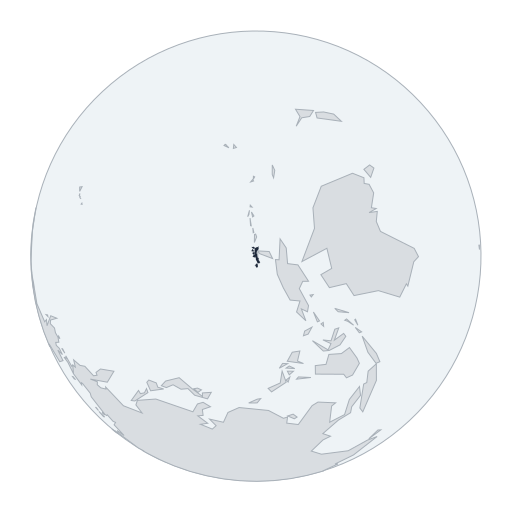 globe centered on New Ireland, rotated 227°
{"feature_id": "PNG-1255", "entity_name": "New Ireland", "entity_type": "Province", "adm_level": 1, "iso_a3": "PNG", "parent_name": "Papua New Guinea", "parent_adm1": "", "projection": "orthographic", "projection_center": [151.706, -3.097], "detail": "fine", "context": "on_globe", "style": "filled", "palette": "slate", "viewbox_px": 512, "rotation_deg": 227, "n_neighbors": 0, "source": "natural_earth", "source_scale": "10m", "svg_char_len": 9229}
<svg xmlns="http://www.w3.org/2000/svg" viewBox="0 0 512 512"><g transform="rotate(227 256 256)"><circle cx="256" cy="256" r="225" fill="#eef3f6" stroke="#a8b0b8"/><path d="M358.6,308.0L358.7,309.6L358.4,309.8L358.6,308.0ZM441.5,128.1L441.3,127.8L426.8,109.5L405.3,87.4L408.9,90.6L403.3,85.6L398.4,81.6L396.5,80.4L370.5,63.2L352.0,56.6L352.4,59.4L347.5,55.6L352.3,65.1L346.3,67.9L349.3,62.0L346.7,59.4L340.7,59.5L336.7,57.0L331.6,55.8L327.4,53.0L329.4,50.6L326.8,49.0L322.7,49.2L315.9,47.2L322.3,46.9L311.1,43.5L312.5,40.4L333.0,44.8L330.2,43.3L330.8,43.5L345.4,49.2L359.6,56.0L373.4,63.7L386.5,72.4L399.0,81.9L410.8,92.3L421.9,103.6L432.1,115.5L441.5,128.1ZM425.3,176.1L423.5,171.1L426.7,174.1L425.3,176.1ZM421.0,168.3L421.9,169.9L420.9,168.6L421.0,168.3ZM419.3,167.4L420.5,168.1L419.3,167.9L419.3,167.4ZM417.2,167.0L418.3,167.0L418.2,167.2L417.2,167.0ZM413.4,164.7L412.4,164.0L413.2,163.5L413.4,164.7ZM396.3,80.4L398.7,81.9L404.6,86.8L403.1,85.7L396.3,80.4ZM384.4,72.5L384.4,72.1L390.7,76.6L388.7,75.4L384.4,72.5ZM353.6,62.5L356.3,62.5L355.0,63.4L353.6,62.5ZM331.6,56.2L332.1,57.1L329.2,56.2L331.6,56.2ZM320.1,51.3L315.3,49.9L320.5,50.8L320.1,51.3ZM312.7,48.8L301.1,46.0L301.2,47.6L294.3,42.2L306.5,45.9L313.0,46.6L310.7,47.3L312.7,48.8ZM292.4,40.0L289.9,39.2L293.0,39.6L292.4,40.0ZM189.5,40.8L188.5,41.1L185.3,42.1L174.9,45.9L166.8,49.2L166.6,49.3L173.0,46.7L185.7,42.0L191.2,40.3L185.6,42.1L188.1,41.3L190.0,40.7L189.6,41.1L196.0,39.0L220.7,34.5L222.4,35.5L214.7,37.1L229.3,37.1L230.1,39.8L232.6,38.7L241.3,38.9L241.2,38.0L243.1,37.5L265.4,39.5L268.7,41.2L281.1,42.2L282.4,41.9L280.6,40.6L294.3,42.2L301.2,47.6L297.9,48.1L304.4,51.8L296.0,52.7L292.1,55.6L279.2,55.5L277.2,58.4L280.0,59.6L279.4,65.2L268.6,73.5L265.1,61.2L279.0,50.9L272.2,54.2L270.1,52.1L265.4,52.6L261.0,55.5L262.7,56.7L236.9,56.9L218.9,65.6L229.0,66.6L231.3,70.8L219.7,85.2L185.1,103.6L187.7,112.3L185.1,117.5L176.8,119.9L180.3,112.1L175.5,108.6L178.8,104.4L166.6,106.6L170.8,100.6L159.2,106.0L159.1,111.1L168.4,110.8L156.6,118.8L160.7,128.8L156.7,140.3L134.5,159.8L118.6,165.4L116.7,169.2L112.8,164.5L103.9,172.0L108.3,195.0L106.9,201.7L94.3,214.1L94.7,209.0L84.2,196.5L79.6,212.6L87.4,226.4L90.0,242.7L82.8,237.4L80.5,223.2L76.9,218.3L79.8,204.2L80.5,183.7L73.4,187.6L75.8,179.5L75.6,163.4L66.4,168.7L50.7,190.6L45.4,211.8L41.4,221.5L44.0,191.6L50.0,171.9L48.0,174.1L53.2,158.5L52.9,158.5L60.8,143.6L69.7,129.3L79.7,115.7L90.7,102.9L102.6,91.0L115.4,80.0L129.0,70.0L143.2,61.0L158.2,53.1L173.6,46.3L189.5,40.8ZM108.3,423.8L111.9,426.4L111.6,426.8L108.3,423.8ZM135.9,283.3L142.0,284.7L141.9,285.7L135.9,283.3ZM129.4,279.2L136.1,279.9L128.5,281.5L129.4,279.2ZM138.8,280.2L145.6,278.6L148.5,277.1L148.2,279.3L138.8,280.2ZM125.0,279.0L102.6,277.6L94.2,274.5L95.7,270.6L109.3,272.2L125.0,279.0ZM95.1,270.5L82.9,259.2L69.2,227.8L74.0,228.3L88.9,247.4L87.9,250.7L95.3,259.5L95.1,270.5ZM126.4,251.9L125.3,261.9L112.6,260.3L107.0,258.4L103.1,245.4L105.2,239.1L109.7,239.5L129.1,218.9L135.4,224.6L129.0,233.3L134.3,242.2L126.4,251.9ZM45.4,213.8L45.6,226.5L43.7,228.7L45.4,213.8ZM138.6,204.6L129.7,213.3L138.3,201.6L138.6,204.6ZM144.7,193.6L144.4,198.2L141.9,193.5L144.7,193.6ZM115.0,175.3L110.2,176.2L110.8,173.0L117.4,170.1L115.0,175.3ZM153.5,150.4L150.5,159.2L148.5,162.2L147.8,156.6L153.5,150.4ZM218.7,34.5L224.3,33.5L224.1,33.8L222.8,34.0L218.7,34.5ZM220.5,34.0L223.1,33.2L227.7,32.6L224.7,33.3L220.5,34.0ZM315.3,394.8L320.4,397.5L315.2,403.7L306.8,409.6L296.3,410.3L315.3,394.8ZM239.9,402.2L235.3,393.5L245.8,394.0L245.1,401.2L239.9,402.2ZM321.4,390.4L325.9,383.7L323.5,373.9L327.9,383.2L336.4,385.0L323.2,397.3L321.4,390.4ZM189.1,363.8L153.7,376.9L144.7,374.4L144.2,367.5L130.4,346.5L133.1,347.0L127.9,333.1L147.2,321.9L160.2,300.7L174.2,303.2L182.8,288.1L198.1,290.7L195.3,302.9L213.3,313.1L220.6,285.8L236.3,317.6L252.4,330.5L262.5,351.3L250.7,383.0L239.6,388.3L235.3,384.6L231.3,387.6L221.9,385.1L212.6,373.3L208.8,376.3L210.6,368.3L205.9,375.1L199.2,367.5L189.1,363.8ZM301.2,322.2L304.6,323.5L311.5,330.0L305.8,328.1L301.2,322.2ZM350.1,312.8L352.7,315.8L348.7,315.7L350.1,312.8ZM358.4,309.8L353.6,310.0L358.6,308.0L358.4,309.8ZM313.9,306.3L316.1,308.5L314.8,309.0L313.9,306.3ZM312.5,305.4L313.8,302.6L314.2,305.7L312.5,305.4ZM294.4,286.5L296.0,285.2L297.1,286.5L294.4,286.5ZM151.1,285.4L159.2,278.1L164.0,277.9L151.1,285.4ZM291.3,282.7L286.7,281.8L286.9,280.2L291.3,282.7ZM291.1,279.0L290.4,276.7L293.9,282.4L291.1,279.0ZM281.9,272.7L287.8,277.5L281.3,273.1L281.9,272.7ZM278.7,272.8L274.7,270.5L274.9,269.8L278.7,272.8ZM237.5,270.3L252.1,285.3L241.3,283.6L228.9,273.9L220.9,280.6L201.7,277.2L205.6,272.9L202.6,265.4L183.9,260.6L180.1,255.6L186.4,253.1L174.6,248.3L187.4,247.5L193.1,257.5L200.5,250.9L214.2,254.3L228.1,259.1L240.1,267.8L237.5,270.3ZM188.3,268.5L190.6,268.8L188.8,271.5L188.3,268.5ZM267.0,264.0L272.8,269.6L272.3,270.7L269.5,269.5L267.0,264.0ZM242.8,266.4L255.3,260.2L258.5,260.8L250.3,268.7L242.8,266.4ZM251.9,254.6L258.1,256.6L261.6,261.5L260.4,262.6L251.9,254.6ZM162.0,257.2L161.6,259.9L158.4,257.5L162.0,257.2ZM166.0,256.0L175.9,259.8L165.2,258.2L166.0,256.0ZM138.2,244.7L140.8,251.1L149.0,247.7L142.8,253.0L148.7,263.7L147.0,267.5L141.0,255.9L139.6,267.3L136.0,266.9L133.7,256.8L137.0,245.1L140.6,240.4L155.6,239.5L138.2,244.7ZM165.8,248.4L163.3,240.9L165.3,236.3L167.9,240.4L165.8,248.4ZM156.6,223.3L150.9,214.7L145.0,217.4L157.7,207.1L160.9,216.9L156.6,223.3ZM152.9,205.3L147.2,207.6L153.5,201.6L152.9,205.3ZM146.2,204.8L146.4,199.3L150.4,200.4L146.2,204.8ZM155.7,205.7L158.0,196.5L159.3,202.2L155.7,205.7ZM146.6,187.1L154.0,196.6L143.1,192.0L146.0,174.7L150.9,174.6L146.6,187.1ZM195.3,124.8L195.9,120.5L201.3,120.1L199.3,123.1L195.3,124.8ZM219.4,116.8L202.9,118.7L189.8,121.1L192.4,123.4L186.8,130.3L184.6,123.1L196.0,116.2L205.4,115.8L209.7,110.3L218.4,107.5L220.9,100.7L225.7,98.3L226.2,104.6L219.4,116.8ZM221.7,97.8L229.3,87.0L238.1,90.0L238.4,93.0L231.2,96.5L227.0,94.7L221.7,97.8ZM233.7,85.5L229.8,83.8L232.6,68.5L235.4,66.2L237.8,78.4L234.2,77.6L232.0,81.1L233.7,85.5ZM289.2,39.7L289.9,39.3L291.1,40.0L289.2,39.7ZM242.8,37.0L245.5,36.6L246.8,37.2L242.8,37.0ZM253.8,35.8L250.4,35.4L255.0,35.5L253.8,35.8ZM242.6,34.9L249.5,35.1L241.4,35.5L242.6,34.9Z" fill="#d9dde1" stroke="#a8b0b8" stroke-width="1"/><path d="M261.6,260.6L261.6,260.8L261.6,261.0L261.3,261.3L261.2,261.5L261.4,261.7L261.4,261.8L261.3,262.0L261.2,262.0L261.1,262.3L261.0,262.5L260.9,262.6L260.7,262.7L260.7,262.8L260.6,262.7L260.3,262.5L260.4,262.4L260.1,262.2L260.0,261.8L259.9,261.7L259.8,261.4L259.9,261.1L259.9,260.7L259.9,260.4L259.9,260.2L259.7,260.1L259.6,259.7L259.4,259.4L259.3,259.2L259.2,259.1L259.1,258.9L258.9,258.8L258.6,258.3L258.6,258.2L258.4,258.0L258.3,257.9L258.2,257.8L258.0,257.7L257.9,257.6L257.7,257.5L257.1,257.4L256.9,257.4L256.4,257.0L255.6,256.3L255.6,256.2L255.3,256.2L255.1,256.1L255.0,255.9L254.9,255.8L254.7,255.7L254.4,255.5L254.3,255.4L254.1,255.4L253.9,255.2L253.7,255.1L253.4,254.9L253.2,254.8L253.0,254.7L252.9,254.7L252.6,254.8L252.4,254.8L252.3,254.7L252.2,254.6L252.3,254.5L252.5,254.5L252.7,254.4L252.7,254.5L252.8,254.4L252.7,254.3L252.8,254.3L252.8,254.2L252.7,254.2L252.4,254.1L252.5,253.9L252.7,254.0L252.8,254.1L253.0,254.2L253.1,254.4L253.3,254.4L253.4,254.5L253.5,254.6L253.9,254.8L254.0,254.9L254.0,255.0L254.5,255.1L254.8,255.2L254.9,255.3L255.1,255.4L255.2,255.5L255.4,255.5L255.6,255.7L255.9,255.9L256.0,256.0L256.3,256.2L256.4,256.3L256.5,256.4L256.8,256.4L257.0,256.5L257.3,256.6L257.6,256.9L257.8,257.2L257.9,257.3L258.0,257.4L258.1,257.5L258.4,257.6L258.5,257.7L258.6,257.8L258.7,258.0L258.8,258.1L259.0,258.2L259.2,258.3L259.3,258.5L259.3,258.8L259.5,258.9L259.9,259.1L260.0,259.1L260.3,259.1L260.5,259.3L260.6,259.5L260.8,259.5L261.0,259.8L261.2,260.1L261.3,260.3L261.5,260.4L261.6,260.5L261.6,260.6ZM251.1,253.8L251.1,254.0L251.1,254.3L250.8,254.4L250.7,254.4L250.4,254.3L250.0,254.4L249.8,254.2L249.7,254.1L249.7,253.9L249.5,253.7L249.4,253.7L249.2,253.7L249.3,253.5L249.6,253.3L249.8,253.3L249.9,253.2L250.0,253.2L250.4,253.3L250.5,253.3L250.7,253.5L250.9,253.5L251.0,253.5L251.1,253.8L251.1,253.8ZM248.3,249.6L248.3,249.8L248.4,250.0L248.5,250.0L248.4,250.0L248.2,250.1L248.1,249.9L248.1,250.0L247.9,249.9L247.7,249.8L247.7,249.7L247.5,249.4L247.6,249.2L247.8,249.2L247.9,249.3L248.2,249.4L248.2,249.5L248.3,249.6ZM259.7,256.1L259.8,256.1L259.7,256.4L259.7,256.5L259.5,256.4L259.3,256.1L259.2,256.0L259.2,255.9L259.4,255.8L259.6,255.8L259.7,256.0L259.7,256.1ZM257.2,254.9L257.1,255.0L256.9,255.0L256.8,254.9L256.8,254.6L257.1,254.5L257.2,254.8L257.2,254.9ZM253.2,255.5L253.3,255.5L253.2,255.6L252.9,255.5L252.7,255.5L252.4,255.5L252.4,255.4L252.5,255.4L252.8,255.2L253.0,255.3L253.2,255.5ZM257.4,255.3L257.5,255.3L257.4,255.5L257.1,255.4L257.1,255.2L257.3,255.3L257.4,255.3ZM263.7,259.7L263.7,259.9L263.7,260.0L263.4,260.0L263.4,259.9L263.5,259.7L263.7,259.7ZM257.1,254.3L257.0,254.2L257.3,254.1L257.3,254.3L257.2,254.3L257.1,254.3ZM249.3,250.4L249.3,250.5L249.2,250.4L249.0,250.5L249.0,250.4L249.2,250.2L249.2,250.3L249.3,250.4L249.3,250.4ZM262.3,257.1L262.4,257.3L262.4,257.2L262.2,257.2L262.3,257.1ZM261.8,257.5L262.0,257.4L262.1,257.5L261.9,257.5L261.8,257.5ZM263.9,259.6L264.0,259.6L263.9,259.7L263.7,259.7L263.8,259.6L263.9,259.6Z" fill="#64748b" stroke="#1e293b" stroke-width="1.5"/></g></svg>